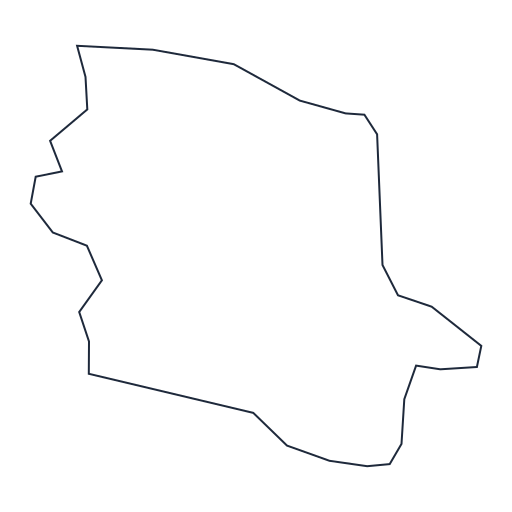 Bakay-Ata, Talas, Kyrgyzstan (Natural Earth projection)
{"feature_id": "92254566B8292928272806", "entity_name": "Bakay-Ata", "entity_type": "district", "adm_level": 2, "iso_a3": "KGZ", "parent_name": "Kyrgyzstan", "parent_adm1": "Talas", "projection": "natural_earth1", "projection_center": [71.964, 42.346], "detail": "fine", "context": "isolated", "style": "outline", "palette": "slate", "viewbox_px": 512, "rotation_deg": 0, "n_neighbors": 0, "source": "geoboundaries", "source_scale": "gbopen_adm2", "svg_char_len": 519}
<svg xmlns="http://www.w3.org/2000/svg" viewBox="0 0 512 512"><path d="M364.4,114.7L345.6,113.4L299.8,100.6L233.8,64.2L152.7,49.7L77.1,45.8L85.5,76.9L87.3,109.4L50.1,140.8L62.0,171.4L35.7,176.7L30.7,203.7L52.8,232.5L86.9,245.7L101.9,280.3L79.2,312.0L89.0,341.5L88.8,373.8L253.3,412.9L287.0,445.6L329.5,460.8L367.2,466.2L389.7,464.1L401.5,443.9L404.3,399.2L416.1,365.6L440.3,369.3L476.9,367.0L481.3,345.9L431.7,306.7L398.0,295.3L382.5,265.0L377.1,134.3L364.4,114.7Z" fill="none" stroke="#1e293b" stroke-width="2"/></svg>